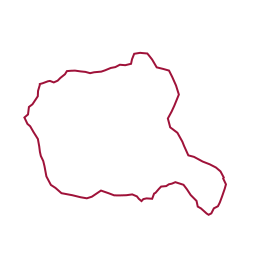 the district of Marathounta, Paphos, Cyprus, rotated 277°
{"feature_id": "46923920B14546708520398", "entity_name": "Marathounta", "entity_type": "district", "adm_level": 2, "iso_a3": "CYP", "parent_name": "Cyprus", "parent_adm1": "Paphos", "projection": "orthographic", "projection_center": [32.495, 34.776], "detail": "fine", "context": "isolated", "style": "outline", "palette": "rose", "viewbox_px": 256, "rotation_deg": 277, "n_neighbors": 0, "source": "geoboundaries", "source_scale": "gbopen_adm2", "svg_char_len": 1393}
<svg xmlns="http://www.w3.org/2000/svg" viewBox="0 0 256 256"><g transform="rotate(277 128 128)"><path d="M90.5,229.1L96.2,225.1L99.5,220.1L101.9,213.6L103.8,206.2L107.4,197.0L108.2,191.2L117.1,185.8L121.1,183.6L129.3,177.6L133.8,169.8L142.3,166.4L149.7,169.3L155.6,171.2L167.4,174.4L176.0,170.5L184.0,165.7L190.0,161.7L190.9,155.8L191.7,149.1L198.9,143.6L202.2,140.3L204.3,138.1L204.1,132.4L204.1,130.9L202.4,125.1L196.7,123.6L192.1,123.2L190.0,117.6L189.8,112.2L186.9,108.0L185.5,103.6L182.4,98.1L180.7,94.6L179.2,87.6L177.8,83.7L178.5,78.9L178.4,73.9L178.5,68.4L177.8,64.1L177.0,60.4L173.7,58.9L169.5,54.8L166.4,52.4L164.2,48.8L165.2,44.8L164.6,42.8L162.0,37.8L160.9,35.1L159.8,35.2L153.9,34.2L148.5,34.6L139.9,30.3L136.8,27.1L129.3,27.1L125.8,23.9L119.8,27.7L117.8,30.7L112.6,34.6L106.1,39.9L99.0,42.1L93.5,43.5L89.6,44.9L84.9,47.9L79.8,49.8L70.0,52.9L62.1,58.4L59.7,63.3L55.2,69.9L54.5,80.9L53.5,89.3L53.2,95.7L55.4,100.5L62.6,108.8L60.9,116.7L59.5,122.4L59.9,126.7L61.1,134.6L62.6,140.3L61.2,145.2L59.0,147.4L57.1,150.3L59.3,151.9L60.4,155.0L60.7,160.6L66.1,161.9L67.0,163.2L71.2,166.0L73.9,168.0L75.0,173.0L77.1,175.4L78.1,178.3L80.0,181.6L78.4,190.0L74.3,194.0L69.1,198.4L64.0,204.9L58.5,206.8L57.1,210.2L52.7,216.5L51.7,218.6L53.4,221.1L58.7,223.0L61.3,226.8L65.2,228.2L71.5,229.7L79.5,231.4L84.0,232.1L89.5,228.6L90.5,229.1Z" fill="none" stroke="#9f1239" stroke-width="2"/></g></svg>